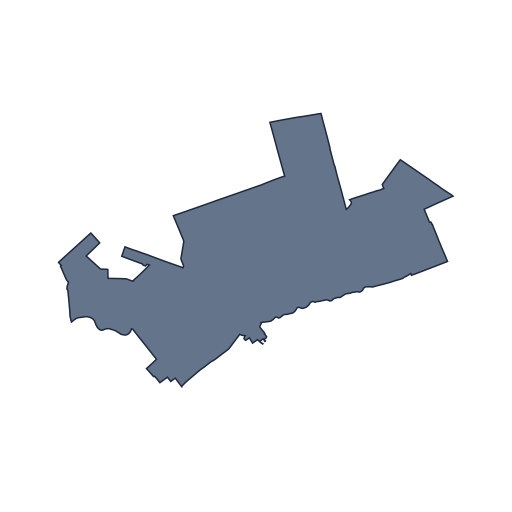 Urziceni, Ialomita, Romania (Albers equal-area conic projection), rotated 27°
{"feature_id": "2599482B56726555182080", "entity_name": "Urziceni", "entity_type": "district", "adm_level": 2, "iso_a3": "ROU", "parent_name": "Romania", "parent_adm1": "Ialomita", "projection": "albers", "projection_center": [26.651, 44.737], "detail": "fine", "context": "isolated", "style": "filled", "palette": "slate", "viewbox_px": 512, "rotation_deg": 27, "n_neighbors": 0, "source": "geoboundaries", "source_scale": "gbopen_adm2", "svg_char_len": 5912}
<svg xmlns="http://www.w3.org/2000/svg" viewBox="0 0 512 512"><g transform="rotate(27 256 256)"><path d="M429.0,174.0L429.1,173.9L425.6,170.9L425.3,170.6L418.4,164.9L414.6,161.6L413.3,160.5L413.0,160.3L412.5,159.9L407.6,155.5L400.5,149.4L400.0,148.8L398.7,147.7L398.2,147.8L397.1,146.8L396.9,146.6L396.5,146.4L396.4,146.4L396.2,146.4L395.8,146.6L395.3,147.1L384.6,138.0L389.7,131.6L390.8,130.1L404.4,113.2L401.2,112.6L400.0,112.6L395.6,112.1L391.3,111.6L390.4,111.5L387.2,110.9L382.2,110.3L377.3,109.6L374.6,109.1L374.2,109.1L372.0,108.8L356.8,106.8L345.6,105.3L340.9,104.7L340.7,105.7L340.1,109.0L336.0,135.0L339.2,137.8L338.4,138.6L337.8,139.3L336.1,141.4L335.2,142.0L334.0,143.0L333.3,143.7L331.9,145.3L331.2,146.0L330.0,147.0L324.5,152.6L317.9,159.1L313.8,163.4L314.0,163.5L314.3,163.6L315.2,163.9L316.0,164.4L316.5,164.9L317.0,165.6L317.1,165.9L317.0,167.1L316.5,170.0L316.2,171.2L315.4,173.0L315.2,173.4L314.8,173.0L307.8,165.1L306.3,163.5L302.8,159.5L299.7,156.1L298.1,154.4L297.3,153.5L296.4,152.5L295.3,151.3L294.3,150.3L293.4,149.3L292.5,148.3L292.1,147.8L291.7,147.4L291.1,146.8L290.6,146.2L289.6,145.0L288.8,144.1L288.2,143.4L287.6,142.7L287.2,142.2L286.3,141.1L285.8,140.5L285.5,140.4L284.8,139.7L284.5,139.4L283.6,138.6L283.0,137.9L280.5,135.1L279.1,133.5L275.3,129.3L274.4,128.2L274.0,127.9L273.9,127.8L273.5,127.2L273.1,126.5L272.5,125.7L271.8,124.9L271.1,124.1L270.4,123.3L269.6,122.4L269.0,121.7L268.2,120.8L267.2,119.7L265.6,117.8L264.2,116.3L261.3,113.0L258.3,109.7L253.5,104.4L250.5,100.9L249.2,99.5L246.7,101.3L241.6,105.1L239.6,106.6L235.5,109.6L230.8,112.9L226.3,116.2L213.9,125.7L210.1,128.7L208.0,130.4L207.7,130.6L216.0,139.7L225.1,149.8L225.6,150.3L225.8,150.6L230.0,155.2L245.3,171.9L244.9,172.2L242.9,174.1L240.5,176.7L236.5,181.0L233.0,185.0L228.6,190.0L228.3,190.5L227.0,191.7L225.0,193.8L221.3,197.7L218.5,200.6L210.9,208.6L203.5,216.3L198.9,221.1L196.3,223.8L192.1,228.3L182.4,238.5L175.9,245.3L172.8,248.6L171.4,250.0L169.7,251.8L167.3,254.2L165.3,256.3L164.0,257.6L182.4,273.3L183.6,274.3L184.7,275.4L185.2,276.2L190.3,292.5L191.1,293.4L193.2,295.2L195.9,297.6L196.2,299.0L196.3,299.6L192.0,300.1L187.7,300.7L178.8,301.9L162.6,303.8L161.5,303.9L159.5,304.1L156.4,304.5L152.4,305.1L150.4,305.3L148.7,305.5L143.2,306.4L139.8,306.8L135.6,307.3L135.1,307.3L136.5,317.2L158.5,314.7L159.5,315.4L162.0,315.1L162.7,312.8L165.1,312.5L163.7,316.9L162.0,322.1L159.9,328.0L157.8,333.4L157.7,333.7L158.0,333.9L156.6,334.5L156.3,334.6L154.5,334.8L150.9,335.2L150.6,335.3L146.9,337.0L142.5,339.1L134.3,343.1L130.1,335.3L129.7,335.3L129.2,335.5L123.4,338.2L104.7,333.1L110.8,315.3L104.1,312.6L98.4,310.5L82.9,351.3L86.8,352.9L86.4,353.8L97.8,363.2L100.8,364.6L101.5,368.8L102.5,371.3L103.8,371.8L107.3,377.3L107.8,378.0L114.5,388.7L114.7,388.9L117.5,393.9L120.9,398.0L121.6,398.6L123.1,395.2L124.1,393.4L125.6,391.7L128.2,389.9L129.4,389.1L130.6,388.2L132.7,386.9L135.0,386.2L135.8,386.0L137.2,386.0L138.7,386.1L139.1,386.1L139.8,386.3L141.2,387.0L141.8,387.3L142.4,387.9L143.5,388.9L144.4,389.8L147.1,391.7L149.3,392.4L150.9,392.6L152.4,392.1L153.3,391.4L155.1,389.2L158.1,387.4L160.5,387.1L162.4,386.6L163.7,386.5L164.7,386.4L166.8,386.6L168.3,386.7L168.5,386.7L170.8,387.0L172.0,386.9L172.7,386.7L174.4,386.2L174.7,386.1L175.7,385.6L176.4,385.0L177.2,384.1L177.9,382.8L178.2,381.7L178.4,380.7L178.4,379.3L178.1,377.3L178.7,377.2L179.1,377.1L214.2,393.2L214.2,393.3L211.3,401.3L209.5,406.0L219.4,409.9L220.0,409.3L220.3,409.5L220.6,409.4L221.0,409.4L227.9,412.5L232.1,404.2L237.0,406.5L239.5,401.5L249.2,406.2L249.3,406.2L249.1,405.4L250.9,399.7L252.1,396.9L255.8,388.0L257.9,383.0L260.9,377.2L261.4,376.0L263.7,371.0L265.8,367.9L266.5,366.6L270.2,358.9L273.9,351.3L277.1,333.2L278.9,333.1L279.7,332.9L280.3,332.7L282.5,332.0L282.2,332.8L282.5,333.4L282.7,334.6L282.9,335.2L285.0,335.9L287.3,332.0L292.5,335.2L295.4,329.8L295.8,330.0L297.0,330.3L298.2,330.7L299.4,331.0L300.5,331.2L301.9,331.4L302.0,331.1L300.5,331.0L299.8,330.8L299.1,330.6L298.1,330.3L299.9,326.6L300.8,327.0L302.7,328.1L303.0,327.4L301.9,327.0L301.0,326.7L302.3,324.1L302.0,323.0L298.9,321.5L299.1,321.1L298.4,320.6L292.0,317.8L291.9,317.7L291.7,317.5L291.6,317.3L291.5,317.2L291.4,316.9L291.3,316.7L291.3,316.3L291.3,315.9L291.3,315.2L291.3,314.1L291.3,313.9L291.2,313.5L290.7,313.0L292.8,311.5L294.2,310.6L297.7,308.2L298.3,307.7L299.1,306.8L299.8,305.3L300.4,304.0L300.7,302.7L300.9,302.3L301.3,301.6L301.6,301.2L302.2,301.1L303.6,301.0L304.3,301.0L304.5,300.8L305.2,300.2L305.4,299.7L306.4,298.0L306.6,297.0L307.3,295.8L308.2,295.1L309.2,294.4L310.7,293.5L312.4,291.9L314.4,290.3L314.8,289.8L315.2,289.0L315.8,287.5L316.1,285.3L316.1,285.0L316.0,284.3L316.1,283.9L316.3,283.4L316.8,282.8L317.4,282.4L318.0,282.1L318.3,282.1L318.9,282.0L319.8,282.0L320.7,281.8L321.4,281.4L322.7,280.2L323.9,278.9L324.5,277.8L325.2,275.9L325.5,273.6L325.6,272.9L325.7,272.6L325.9,272.2L326.7,271.2L327.1,270.8L327.4,270.7L328.0,270.6L329.5,270.4L329.8,270.3L330.8,269.2L331.1,268.9L331.7,268.5L333.5,267.4L334.3,266.6L334.6,266.3L337.9,263.7L338.2,263.5L339.0,262.9L339.6,262.6L342.0,262.6L342.4,262.5L343.3,261.7L343.7,261.3L344.0,260.5L344.3,259.3L344.8,258.6L345.2,258.1L346.4,257.1L347.4,255.9L349.1,255.2L349.8,254.7L350.3,254.0L350.6,253.4L350.8,252.9L351.1,252.4L351.4,251.9L351.8,251.3L352.3,250.3L352.9,249.3L353.3,248.9L354.9,247.7L355.5,247.4L356.9,246.3L358.1,245.0L358.6,244.5L360.3,243.4L361.7,242.3L362.0,242.1L362.4,241.9L362.9,241.7L364.1,241.4L364.6,241.1L365.1,240.7L365.5,240.2L366.0,239.4L366.3,238.7L366.6,237.7L366.4,236.1L366.6,235.7L366.9,235.1L367.2,234.4L367.5,234.0L368.1,233.5L371.8,231.5L372.8,231.1L373.5,230.9L374.0,230.7L377.2,227.7L382.4,223.2L386.4,219.6L387.3,218.8L391.0,215.0L395.0,211.3L396.5,209.8L397.3,208.5L397.9,207.4L398.8,206.3L401.1,202.7L401.8,201.4L402.1,201.7L403.3,202.6L408.4,197.0L408.6,196.8L428.9,174.2L429.0,174.0Z" fill="#64748b" stroke="#1e293b" stroke-width="1.5"/></g></svg>